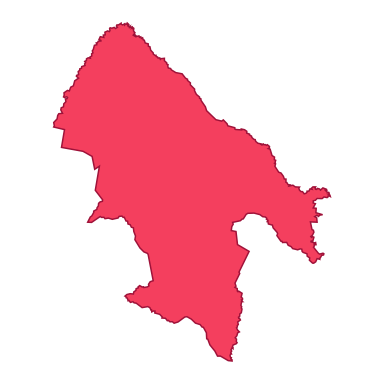 Curuzú Cuatiá, Corrientes, Argentina
{"feature_id": "61730980B48951068830804", "entity_name": "Curuzú Cuatiá", "entity_type": "district", "adm_level": 2, "iso_a3": "ARG", "parent_name": "Argentina", "parent_adm1": "Corrientes", "projection": "albers", "projection_center": [-58.213, -29.735], "detail": "fine", "context": "isolated", "style": "filled", "palette": "rose", "viewbox_px": 384, "rotation_deg": 0, "n_neighbors": 0, "source": "geoboundaries", "source_scale": "gbopen_adm2", "svg_char_len": 5913}
<svg xmlns="http://www.w3.org/2000/svg" viewBox="0 0 384 384"><path d="M329.3,194.1L328.9,192.5L327.1,192.1L325.4,190.3L326.8,190.2L326.5,189.3L322.9,187.9L320.5,190.1L319.6,189.0L317.5,188.4L316.7,189.4L315.5,189.3L315.5,188.2L314.9,187.8L315.5,186.9L312.9,186.9L311.5,188.2L312.1,189.3L310.0,188.9L308.9,191.1L307.0,191.2L307.0,192.3L305.9,193.3L304.2,193.8L302.5,191.6L301.0,191.6L299.5,190.2L298.8,188.1L299.5,187.1L295.3,186.9L292.9,185.2L289.2,186.0L290.0,184.9L288.1,184.7L286.8,182.5L285.9,182.2L286.0,179.1L284.3,179.0L283.4,176.3L281.0,173.0L278.7,172.2L274.9,166.3L275.5,164.1L274.7,163.4L275.4,163.2L275.1,162.3L275.7,160.3L274.3,159.7L274.5,157.1L272.0,155.5L270.1,149.1L268.3,148.6L269.3,148.0L269.5,146.5L267.3,144.7L266.3,145.3L265.3,144.6L264.0,144.8L263.4,144.0L262.0,145.0L261.1,144.5L261.5,144.0L257.8,143.2L255.7,141.4L255.2,139.6L253.8,139.3L251.9,137.5L251.5,136.1L249.5,134.9L249.5,134.1L246.7,133.1L246.8,131.3L244.5,129.7L241.8,129.1L242.2,129.7L241.6,129.9L235.7,129.5L234.9,129.1L234.8,127.7L227.8,125.8L227.1,123.8L223.3,119.9L221.7,121.1L215.9,119.7L206.6,110.7L205.4,106.8L201.1,100.5L200.8,98.7L199.6,98.4L199.5,97.0L196.4,94.4L194.5,90.6L194.6,89.1L190.3,84.8L190.4,82.9L187.5,80.4L187.5,79.2L185.5,78.2L182.1,73.8L175.8,72.6L171.4,69.9L170.6,68.5L168.3,68.0L167.7,65.8L168.1,64.8L166.6,63.8L166.7,62.8L164.4,60.7L164.4,58.3L160.7,58.7L160.3,59.2L159.8,57.9L158.0,58.0L157.6,57.0L156.3,56.6L156.0,55.3L155.2,55.5L153.3,54.1L153.2,52.9L150.7,50.2L149.9,46.7L148.4,46.3L148.2,43.8L145.2,43.0L144.3,40.2L143.2,39.8L142.6,37.8L141.4,38.4L140.8,36.8L139.5,37.3L139.0,35.9L136.7,36.4L135.7,35.5L135.6,36.6L133.2,35.2L133.5,34.7L135.2,35.5L134.3,33.1L134.9,32.7L133.5,30.9L133.8,28.3L133.0,27.7L132.6,28.4L132.2,27.7L131.6,28.1L131.9,26.9L129.8,27.5L130.1,26.4L129.4,27.0L128.2,26.4L127.9,25.6L128.7,25.5L128.1,24.8L128.7,24.4L127.2,23.0L126.7,24.2L125.5,24.0L124.7,24.9L124.6,23.8L122.8,24.9L121.2,24.3L121.1,23.2L118.7,24.8L116.8,25.0L116.4,26.1L117.4,27.3L115.5,28.5L114.2,27.4L111.9,28.2L110.1,27.8L109.6,28.6L110.0,30.6L109.3,31.6L107.7,30.9L104.9,32.2L105.2,34.8L103.3,35.1L103.8,37.4L100.3,36.7L99.0,39.5L100.9,40.4L100.9,41.0L98.3,41.2L97.3,42.9L96.3,42.9L96.8,44.7L94.4,45.3L93.3,49.5L92.3,50.8L92.9,52.9L91.6,53.8L91.8,55.9L89.9,57.1L90.3,58.2L88.2,57.8L86.5,58.8L86.4,60.6L84.7,61.4L85.6,62.7L84.6,63.9L85.0,65.5L81.7,66.6L81.5,68.3L79.8,68.8L79.6,70.4L78.2,71.5L78.6,74.6L76.6,75.4L76.4,76.3L78.6,78.1L74.7,80.8L73.4,85.8L70.7,87.2L69.4,90.9L67.5,90.4L64.0,92.8L64.2,95.2L63.5,96.9L64.3,97.4L66.8,96.8L67.6,97.6L67.0,98.7L65.4,98.9L65.9,101.7L63.8,103.8L63.5,106.8L61.2,107.8L60.8,109.9L62.5,113.3L58.8,113.7L57.7,115.4L57.1,118.9L53.7,122.5L54.3,125.8L53.7,127.0L64.5,129.6L61.5,147.4L83.0,151.3L92.1,156.4L94.7,169.3L99.4,166.2L95.3,190.3L102.6,199.8L102.4,201.3L100.1,201.9L98.6,203.3L98.3,206.1L97.1,207.6L96.8,209.4L93.7,211.1L93.7,212.5L91.8,215.9L90.3,217.0L87.7,222.2L91.6,222.4L100.2,216.5L101.5,217.4L103.9,217.3L105.0,218.7L108.3,218.1L112.3,219.3L118.1,218.0L119.1,216.4L122.0,216.1L123.1,217.4L124.3,217.3L126.0,221.0L127.6,221.2L128.0,224.0L130.2,224.7L131.4,227.2L133.4,227.8L133.8,231.5L135.5,236.0L134.9,239.7L140.0,248.0L143.9,251.9L147.3,253.3L148.1,254.3L153.2,280.7L150.2,281.7L148.5,284.3L148.9,285.9L147.4,286.9L143.8,287.5L143.5,286.8L142.2,287.0L139.7,285.6L138.1,286.9L138.3,287.8L136.1,288.7L135.9,290.4L133.8,291.9L133.4,294.0L130.2,293.7L126.9,294.5L125.0,296.1L125.9,296.5L126.2,297.8L127.3,298.1L128.1,300.8L128.9,300.4L130.4,302.4L133.0,301.7L134.0,302.8L136.2,303.2L142.1,307.6L147.8,306.6L149.8,307.6L151.0,310.1L151.5,309.9L151.8,311.9L153.4,311.0L155.0,311.1L154.8,313.0L159.7,314.3L162.2,316.9L161.9,318.0L165.5,318.3L167.3,320.7L168.3,320.4L169.9,321.8L172.4,321.7L174.1,323.2L178.0,322.0L184.8,317.0L187.0,316.7L191.4,319.2L195.4,323.1L200.2,324.6L202.0,327.0L203.4,327.3L206.4,332.8L206.7,338.8L207.8,339.2L209.9,344.9L214.9,351.1L217.5,356.1L220.5,356.1L228.2,360.6L232.1,361.0L232.0,359.7L230.8,358.9L231.3,357.7L230.6,357.6L230.0,355.6L230.6,354.0L231.5,354.0L230.8,352.3L231.7,351.1L231.0,349.8L232.1,347.8L233.0,348.6L233.0,347.6L232.2,347.5L233.1,345.0L236.3,343.7L237.1,342.7L236.3,341.6L236.5,339.2L235.2,337.8L236.9,335.7L237.6,332.9L239.4,331.9L237.6,330.1L236.5,327.8L237.3,327.0L237.3,325.5L238.3,324.6L237.7,322.0L240.4,320.0L239.6,318.4L238.7,318.3L238.5,317.2L239.7,316.3L239.8,313.9L241.3,312.8L242.0,309.0L241.3,308.0L241.7,306.6L240.9,305.5L241.6,301.8L242.4,301.7L241.6,301.2L242.1,300.7L241.5,299.9L242.5,299.4L242.5,298.3L241.2,297.1L242.1,293.3L238.7,291.1L238.0,291.7L237.3,291.0L237.2,288.5L234.9,287.3L236.0,286.2L235.0,283.1L239.7,273.5L239.0,272.1L249.1,251.4L237.5,244.6L236.0,231.5L231.3,230.6L231.8,226.6L233.2,224.2L232.6,222.4L240.4,220.7L242.1,219.1L243.3,218.9L246.2,214.3L247.9,213.3L254.0,213.1L259.9,214.6L262.7,216.7L265.4,217.0L266.8,218.3L266.4,219.2L268.0,220.3L267.3,221.5L267.9,221.5L268.4,224.0L272.4,225.1L273.1,227.8L277.2,232.5L277.6,233.7L276.9,235.6L280.9,241.2L282.0,241.3L282.5,242.5L286.7,242.4L288.2,245.3L291.1,246.6L292.7,248.6L297.7,249.8L300.1,248.9L301.8,249.2L302.1,251.4L303.1,252.4L307.0,253.8L307.2,256.2L309.7,257.9L309.4,260.2L312.5,263.1L313.7,263.2L315.7,261.8L317.1,258.6L319.7,259.3L319.2,257.8L319.9,258.5L321.7,255.3L323.5,255.0L323.9,253.8L323.0,253.2L319.6,254.1L318.4,253.3L313.5,247.2L314.2,246.2L314.2,243.6L315.1,244.8L316.0,244.7L315.6,242.5L314.6,242.9L311.0,241.8L311.1,241.1L312.9,240.8L313.9,237.2L312.7,236.7L311.5,237.4L310.8,236.5L312.5,235.1L313.9,232.2L313.4,230.2L312.0,229.6L310.4,221.9L317.1,222.2L316.7,217.8L314.7,216.6L317.0,215.2L318.4,216.4L319.9,215.1L322.6,214.7L315.9,212.7L316.2,208.3L313.2,207.9L315.4,203.7L313.2,203.0L313.3,200.8L315.4,200.3L317.1,198.5L322.1,198.6L324.0,197.0L327.1,197.6L328.1,196.8L328.0,196.1L329.0,195.8L330.3,196.5L329.9,195.1L328.3,194.2L329.3,194.1Z" fill="#f43f5e" stroke="#9f1239" stroke-width="1.5"/></svg>